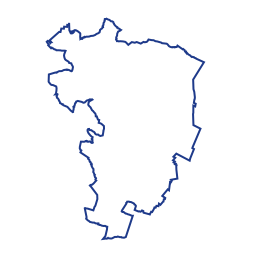 outline of Quecholac, Puebla, Mexico, rotated 268°
{"feature_id": "50627088B94790065946513", "entity_name": "Quecholac", "entity_type": "district", "adm_level": 2, "iso_a3": "MEX", "parent_name": "Mexico", "parent_adm1": "Puebla", "projection": "albers", "projection_center": [-97.631, 18.95], "detail": "fine", "context": "isolated", "style": "outline", "palette": "blue", "viewbox_px": 256, "rotation_deg": 268, "n_neighbors": 0, "source": "geoboundaries", "source_scale": "gbopen_adm2", "svg_char_len": 5685}
<svg xmlns="http://www.w3.org/2000/svg" viewBox="0 0 256 256"><g transform="rotate(268 128 128)"><path d="M235.1,72.8L233.1,72.5L233.2,70.9L231.2,70.7L231.5,67.7L229.5,67.4L229.7,64.8L226.3,63.9L226.4,62.5L218.4,52.8L216.5,54.3L216.5,53.8L216.1,53.9L215.5,53.3L217.7,52.0L217.3,50.9L217.7,50.6L217.0,49.8L213.9,51.7L213.4,51.2L210.4,53.9L211.0,54.6L210.4,55.2L210.1,56.1L209.3,56.9L208.8,58.5L208.2,59.1L208.0,63.0L207.6,64.4L207.5,67.6L207.3,68.3L204.1,66.9L202.6,66.6L200.7,66.9L199.1,67.4L198.2,68.1L196.2,71.1L195.1,71.4L194.6,73.6L193.5,73.9L191.4,75.0L190.8,75.1L188.0,74.5L187.4,73.9L186.8,73.8L186.7,73.3L188.2,70.7L188.1,69.1L188.6,68.9L188.3,67.6L188.4,67.4L188.1,65.7L187.2,63.8L187.2,61.2L186.5,59.6L185.9,58.8L186.1,58.5L185.8,58.0L186.0,57.4L184.3,50.8L177.1,50.3L176.6,50.5L174.2,52.3L173.7,53.2L173.5,54.6L172.0,57.7L170.3,58.0L168.0,57.8L164.9,57.2L164.2,56.6L164.3,57.4L164.3,58.6L163.8,58.7L162.8,57.9L162.3,57.7L161.6,58.1L160.8,58.0L159.9,59.1L158.4,59.9L157.8,59.9L157.3,60.4L156.4,60.8L155.2,61.0L154.8,62.0L154.0,62.8L154.1,63.6L153.1,64.0L151.2,68.2L147.5,71.3L145.7,73.4L145.1,73.7L146.2,73.6L149.0,74.4L150.6,74.3L150.9,75.0L151.3,75.0L151.5,74.6L152.2,75.4L154.6,76.0L155.1,76.8L156.2,77.1L156.8,78.8L155.7,82.7L154.8,84.3L155.0,85.6L156.9,87.8L157.3,89.4L158.0,91.0L157.7,91.9L157.9,93.1L157.6,93.4L156.0,90.3L155.3,89.8L154.8,89.5L152.7,89.1L151.9,89.4L149.9,91.3L147.0,92.7L146.2,93.7L144.8,94.7L143.6,95.8L142.8,96.1L140.8,96.2L140.7,97.2L137.5,98.2L137.0,99.5L134.2,98.9L133.6,100.7L133.0,101.7L130.8,104.0L128.1,104.0L126.0,103.3L125.9,103.4L121.5,102.5L121.0,100.1L121.5,99.0L122.5,97.9L122.5,96.4L122.9,95.5L123.8,94.7L124.5,94.6L125.4,93.7L126.0,92.5L127.1,91.3L127.2,89.8L127.6,89.3L128.4,89.1L128.4,88.2L127.5,87.5L126.8,87.5L126.0,87.6L124.1,88.4L121.7,90.3L120.3,91.8L120.1,92.3L118.8,92.0L118.3,91.3L117.6,91.5L117.2,92.1L116.1,91.9L114.6,92.3L114.4,92.0L114.4,91.1L115.1,90.2L115.9,89.7L115.9,88.8L115.6,87.6L115.9,87.3L115.9,86.8L116.4,86.6L116.6,86.1L116.2,85.6L116.4,85.0L115.9,84.4L115.8,83.7L116.0,80.5L110.8,79.2L109.2,79.1L108.4,79.6L108.0,79.5L107.2,80.6L105.3,79.6L99.6,87.5L98.7,87.0L97.6,88.2L95.9,88.5L95.5,89.2L94.9,89.1L93.8,90.3L92.9,89.8L92.3,90.6L91.5,90.2L89.5,91.1L88.1,92.1L87.2,91.9L86.4,92.1L85.3,91.7L83.6,92.6L82.4,92.7L82.2,93.2L81.6,92.9L80.0,93.3L79.5,94.0L78.8,94.3L77.8,93.6L77.1,93.8L76.6,94.4L76.4,94.2L73.8,91.7L72.6,90.2L72.4,88.5L71.8,87.9L70.9,88.8L62.2,94.9L58.0,94.9L52.1,92.9L51.0,92.4L50.4,91.8L46.9,90.5L48.8,85.0L49.1,83.3L49.5,82.3L49.3,82.0L40.3,83.5L38.8,83.0L38.3,83.7L37.4,84.2L36.2,86.0L35.5,86.6L34.7,89.4L34.6,91.1L33.9,92.1L33.7,92.9L33.7,94.9L33.1,94.8L33.2,95.2L32.9,95.5L32.1,95.9L32.1,96.9L31.3,98.5L30.9,100.4L31.0,101.6L30.6,102.5L30.1,102.9L30.0,103.8L27.2,103.4L20.9,101.7L18.0,99.2L18.3,102.1L18.1,103.0L18.9,104.2L18.5,104.6L18.1,107.3L18.3,108.3L19.6,111.0L19.5,113.1L19.9,114.0L19.2,116.1L19.2,117.5L18.8,117.9L18.5,120.2L19.1,122.0L40.1,129.7L40.1,129.0L41.4,126.2L41.6,125.3L42.5,123.4L42.6,122.6L44.2,120.7L44.3,119.4L44.9,118.8L45.8,119.1L52.3,123.6L53.1,123.6L53.2,124.0L54.4,124.6L54.4,126.4L54.0,127.2L53.9,128.4L52.4,131.2L52.1,131.5L51.4,131.7L51.0,132.5L49.8,133.2L45.9,131.8L44.2,135.5L44.4,136.2L43.9,137.4L44.3,138.4L45.1,139.1L44.5,140.4L43.2,140.4L42.8,140.6L41.2,145.8L41.3,146.3L40.9,146.8L43.5,148.2L43.2,149.2L45.9,150.9L47.7,151.7L47.4,152.8L49.2,153.7L48.8,155.7L51.3,156.3L50.1,157.7L53.4,160.7L53.4,160.9L55.5,161.3L55.6,162.4L56.8,162.8L58.9,159.9L65.3,165.6L64.3,166.8L72.1,168.1L71.7,168.5L72.7,168.9L72.9,168.6L73.5,169.3L73.2,169.6L74.2,170.1L74.8,169.5L75.7,175.6L84.7,174.9L88.0,174.9L89.1,175.3L90.1,173.7L90.8,174.4L91.9,172.5L92.9,173.6L94.1,171.8L96.6,174.2L97.7,172.4L100.7,175.4L93.2,188.5L95.4,189.1L104.7,193.2L105.7,191.6L106.5,191.9L124.8,200.4L128.6,193.5L139.7,193.5L140.9,193.8L148.1,194.1L147.2,195.9L149.9,196.5L150.8,194.7L154.3,195.4L154.6,195.7L156.4,195.9L161.8,195.5L164.5,194.8L174.1,194.8L191.1,206.2L195.0,198.4L195.4,198.2L195.8,197.0L196.5,196.3L196.4,196.0L196.9,195.1L196.7,194.3L197.0,193.9L198.5,192.5L199.3,191.0L201.2,189.4L201.3,189.1L200.9,189.0L201.3,188.7L201.8,188.7L201.6,188.4L202.0,188.1L202.7,187.5L203.6,187.5L205.0,185.9L204.7,185.5L208.6,180.3L207.3,179.6L207.1,178.1L207.3,178.2L207.3,175.2L207.1,175.1L207.2,174.3L207.7,172.9L208.4,171.8L210.3,170.4L210.9,169.6L211.6,164.9L212.2,164.2L213.5,160.2L213.8,158.4L214.8,156.7L215.0,154.7L215.7,151.6L214.2,150.6L213.4,149.7L213.1,147.8L213.5,146.5L211.9,143.7L213.6,139.7L213.0,137.8L213.7,134.8L211.1,131.2L213.6,129.0L214.2,128.2L214.7,126.0L215.0,123.2L214.9,121.7L215.2,121.0L215.2,120.0L216.1,119.9L216.6,119.2L217.0,119.1L217.9,119.7L218.5,119.3L219.9,119.8L220.6,120.3L222.6,120.5L224.7,121.5L225.7,123.8L226.2,124.4L226.7,123.5L227.4,123.0L227.9,121.6L228.8,121.1L228.8,120.6L229.3,120.6L230.0,119.5L231.8,118.0L232.4,117.7L232.8,117.7L233.5,117.1L234.4,117.0L235.1,116.1L235.2,114.8L236.7,113.2L237.0,112.1L238.0,110.3L237.7,109.8L237.7,108.7L237.2,108.7L236.6,108.3L236.1,108.5L235.7,108.2L235.2,108.2L233.7,107.2L232.2,107.1L231.8,106.8L231.3,106.8L230.7,106.2L230.4,106.5L229.6,106.6L229.5,106.2L228.4,105.5L228.4,105.2L227.0,103.5L226.2,103.4L225.4,103.0L225.0,103.1L224.5,102.8L223.7,101.5L223.1,99.8L222.1,98.4L221.4,96.4L221.3,94.2L220.7,92.2L220.7,89.6L220.2,87.6L220.4,87.8L220.6,87.7L219.9,86.1L219.7,86.4L219.6,86.0L218.8,85.5L218.9,85.3L218.7,85.2L218.6,83.7L219.0,83.6L218.9,83.5L220.8,83.4L223.3,83.6L224.0,83.6L224.6,83.3L226.4,81.2L227.4,79.6L227.7,78.4L226.4,75.5L226.5,74.6L226.0,74.8L225.5,75.4L225.4,76.8L224.9,76.3L224.5,75.4L224.5,74.4L224.7,74.1L227.7,72.8L235.1,72.8Z" fill="none" stroke="#1e3a8a" stroke-width="2"/></g></svg>